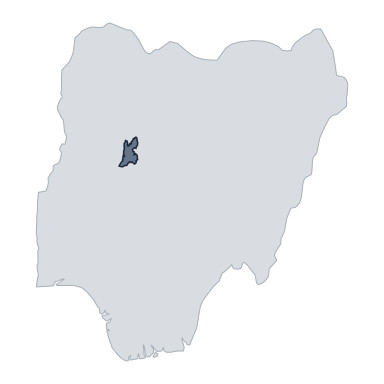 Rafi, Niger, Nigeria shown in context
{"feature_id": "59680162B49809531314946", "entity_name": "Rafi", "entity_type": "district", "adm_level": 2, "iso_a3": "NGA", "parent_name": "Nigeria", "parent_adm1": "Niger", "projection": "equal_earth", "projection_center": [6.279, 10.195], "detail": "fine", "context": "in_parent", "style": "filled", "palette": "slate", "viewbox_px": 384, "rotation_deg": 0, "n_neighbors": 0, "source": "geoboundaries", "source_scale": "gbopen_adm2", "svg_char_len": 6765}
<svg xmlns="http://www.w3.org/2000/svg" viewBox="0 0 384 384"><path d="M320.7,28.9L332.8,50.8L335.5,67.1L336.5,75.1L338.5,76.1L342.2,76.5L344.9,78.1L346.6,80.8L347.6,83.3L347.8,84.8L347.1,94.5L346.3,98.1L346.8,102.9L346.7,105.0L346.3,106.4L344.6,108.0L342.4,109.6L337.0,114.3L335.5,114.9L333.3,115.1L331.3,116.2L329.0,118.8L324.1,128.1L319.9,137.6L316.8,152.8L313.1,157.6L312.4,161.8L311.9,171.3L311.3,174.2L310.7,175.0L306.7,176.8L304.3,179.0L303.0,183.4L301.2,198.0L300.6,200.5L299.3,203.0L297.2,205.8L295.4,207.3L290.7,208.3L286.4,219.4L286.3,221.3L284.4,231.4L281.0,238.9L280.8,243.8L276.5,250.5L274.3,255.0L276.6,259.8L276.8,260.5L269.4,268.6L269.0,269.8L268.7,275.3L268.1,276.8L266.8,278.9L264.8,281.1L262.8,282.8L260.5,284.1L258.3,284.5L257.1,283.8L256.4,282.1L255.1,275.3L254.5,273.9L253.0,272.5L247.3,265.0L243.9,262.4L243.1,262.6L242.6,263.3L241.6,267.1L240.6,268.5L238.8,269.0L235.7,269.0L233.4,268.5L232.9,267.7L231.7,264.8L224.7,271.6L222.2,273.1L219.1,281.2L214.7,285.2L211.6,288.7L203.4,299.7L201.7,302.9L200.1,307.7L196.6,328.4L191.0,341.3L190.2,344.0L189.9,343.9L189.1,345.1L186.9,344.4L185.9,342.0L184.6,341.6L182.2,338.1L181.7,338.6L184.2,347.5L183.3,351.0L176.4,351.1L170.4,352.3L166.2,352.2L164.2,350.9L163.3,347.6L162.9,347.9L162.7,349.7L161.4,351.1L156.8,351.4L154.7,349.1L153.1,346.6L151.3,345.4L151.6,346.5L153.6,349.0L153.4,352.6L149.7,356.7L147.3,356.9L145.8,355.2L145.1,352.2L144.7,347.9L143.7,345.1L143.2,345.1L143.8,349.8L143.9,354.2L145.6,357.6L142.9,358.6L139.7,358.7L139.3,357.5L138.8,354.7L138.3,353.9L137.6,358.7L130.9,360.0L130.0,359.8L129.8,358.9L130.3,357.6L130.1,355.5L128.7,357.1L128.4,360.4L127.6,361.0L125.0,360.5L122.2,358.8L117.7,354.6L112.2,347.9L111.3,344.8L109.7,341.1L106.8,330.8L107.3,330.3L108.6,330.9L109.3,329.9L106.9,329.2L106.5,328.5L106.3,326.2L106.4,323.4L109.9,322.0L110.7,320.3L111.2,318.6L106.9,321.2L102.9,318.2L102.0,316.5L102.4,315.1L107.1,315.0L108.8,313.7L107.7,313.3L106.0,313.3L105.3,312.4L105.4,310.3L104.8,310.8L104.0,312.7L101.3,314.0L99.7,312.7L99.6,309.6L99.2,308.2L97.9,307.1L93.1,299.1L87.2,292.3L81.9,287.7L73.8,285.4L57.1,285.5L56.1,284.9L57.1,283.8L58.6,283.1L64.0,279.3L63.1,278.8L57.5,281.2L55.6,281.4L53.1,285.9L36.6,286.9L36.6,284.9L37.4,278.9L38.4,274.8L37.3,269.8L37.0,265.3L37.7,263.9L38.0,262.2L37.8,250.7L38.7,249.0L38.7,247.8L37.0,242.9L37.1,239.1L36.7,235.4L36.2,233.8L36.9,219.7L36.7,216.2L37.2,213.7L37.5,207.7L37.5,201.7L38.6,192.3L45.7,191.1L47.4,187.4L48.4,182.8L48.1,178.1L50.4,174.1L53.2,170.6L53.1,166.6L53.9,165.4L55.2,164.5L57.1,164.0L59.2,162.1L60.4,158.7L61.5,153.2L59.7,149.4L59.8,148.5L60.5,146.5L61.6,144.5L62.5,143.8L64.5,144.3L65.2,143.5L66.5,137.5L66.4,135.8L64.5,131.8L63.5,120.9L62.9,119.5L61.5,117.5L57.6,109.8L57.6,106.1L59.3,101.5L60.4,99.2L61.9,98.0L62.2,96.9L61.8,95.6L61.0,94.6L60.9,92.5L61.6,89.6L61.4,86.4L61.8,70.0L65.0,66.8L69.7,61.4L72.1,55.8L73.4,51.6L75.0,37.5L77.4,36.0L82.1,30.9L88.4,27.9L92.6,27.0L99.8,27.6L103.4,27.1L106.5,24.3L107.9,23.5L109.9,23.0L127.9,30.3L129.5,30.0L130.9,30.5L133.1,32.4L138.4,39.2L144.0,49.8L145.7,52.0L147.5,53.3L149.2,53.7L150.6,53.5L151.9,52.5L153.6,50.5L156.2,49.6L158.4,49.8L169.6,41.7L170.7,41.6L177.6,43.4L187.0,51.5L194.6,56.8L200.0,58.5L206.4,59.8L217.2,60.2L225.3,48.8L228.3,46.3L231.9,44.1L239.4,42.0L252.0,40.6L263.8,41.2L271.1,43.1L278.8,46.8L282.2,50.4L287.4,51.0L291.2,50.3L292.3,46.8L296.1,42.1L301.7,37.8L306.2,34.9L310.0,33.5L313.3,30.1L316.0,29.0L320.7,28.9ZM157.2,356.0L154.7,357.1L153.0,356.8L155.3,352.1L156.4,353.1L157.9,353.5L157.2,356.0Z" fill="#d9dde1" stroke="#a8b0b8" stroke-width="1"/><path d="M125.5,140.5L125.2,142.3L124.7,142.7L124.5,142.9L124.3,143.3L124.2,143.6L124.2,143.9L124.2,144.0L124.2,144.3L124.1,144.5L124.1,144.9L124.1,145.0L124.2,145.3L124.1,145.6L124.2,146.0L124.2,146.6L124.1,146.9L124.2,147.2L124.2,147.3L124.2,147.5L124.2,147.8L124.5,148.0L124.6,148.4L124.5,148.7L124.3,148.9L124.2,149.2L124.1,150.1L123.9,150.5L123.7,150.7L123.6,150.8L123.7,151.3L123.7,152.0L123.6,152.4L123.6,153.0L123.6,153.6L123.9,153.9L123.9,154.1L123.9,154.3L123.7,154.4L123.6,154.5L123.4,154.6L123.4,154.9L123.7,154.9L123.9,155.2L124.2,155.5L124.4,155.6L124.6,155.9L124.6,156.1L124.6,156.3L124.4,156.2L124.2,155.9L124.0,155.7L123.7,155.9L123.6,156.2L123.2,156.2L123.0,156.4L123.1,156.6L122.9,156.9L122.9,157.2L122.8,157.4L122.8,157.7L123.0,158.0L123.0,158.5L123.2,158.8L123.0,159.1L122.9,159.3L122.7,159.4L122.5,159.7L122.8,160.4L122.7,160.6L122.6,160.9L122.2,161.1L121.8,161.5L119.7,164.8L119.3,165.5L119.1,166.1L120.6,166.5L122.3,166.8L123.1,166.6L124.1,166.0L124.9,165.3L125.0,165.3L125.1,165.5L126.7,165.4L126.8,165.1L127.4,164.7L128.1,163.0L129.2,162.6L129.2,162.2L129.3,161.8L129.6,161.8L129.7,162.0L129.9,161.9L130.1,162.1L130.3,162.2L130.5,162.2L130.8,162.4L130.9,162.5L131.2,162.5L131.3,162.4L131.6,162.0L131.8,162.0L132.0,162.0L132.4,162.3L132.8,162.6L133.1,162.9L133.4,163.2L133.8,163.6L134.3,164.0L134.8,163.8L135.1,163.7L135.4,163.5L135.6,163.2L135.8,163.0L135.9,162.8L136.0,162.5L136.2,162.3L136.3,162.0L136.3,161.7L136.1,161.5L136.1,161.0L136.2,160.6L136.4,160.3L136.9,160.1L137.1,160.0L137.3,159.9L137.4,159.7L137.6,159.7L137.7,159.4L137.5,159.1L137.3,158.8L137.3,158.3L137.3,157.9L137.4,157.6L137.4,157.4L137.4,157.0L137.2,156.4L137.2,156.1L137.2,155.7L137.1,155.4L137.0,155.2L136.8,154.9L136.6,154.6L135.9,154.1L135.6,153.8L135.4,153.9L135.4,154.0L135.1,154.4L135.1,154.5L134.9,154.6L134.7,154.6L134.3,154.6L134.2,154.7L133.9,154.7L134.6,153.3L134.4,152.6L134.2,152.1L133.9,151.6L132.9,151.6L132.6,149.8L132.8,149.2L133.0,149.0L133.6,148.5L134.3,147.9L134.7,147.9L135.9,148.3L135.9,148.1L136.2,147.5L136.3,147.2L136.4,146.9L136.4,146.6L136.8,146.1L137.2,145.7L137.4,145.4L137.5,145.1L137.5,144.6L137.5,144.0L137.7,143.4L137.7,143.0L137.7,142.6L137.6,142.2L137.4,141.9L137.3,141.6L137.2,141.3L137.2,140.9L137.2,140.6L137.2,140.3L137.2,139.7L137.0,139.4L136.8,139.0L136.7,138.7L136.7,138.4L136.8,137.9L136.5,137.5L136.3,137.4L136.2,137.3L136.0,137.2L135.9,137.3L135.7,137.6L135.4,137.5L135.2,137.8L135.0,138.0L135.0,137.9L134.8,137.9L134.7,137.9L134.7,138.0L134.4,138.1L134.3,138.3L134.2,138.4L134.2,138.5L133.9,138.6L133.7,138.7L133.4,138.7L133.4,138.8L133.3,139.0L133.3,139.3L133.2,139.3L133.2,139.5L133.1,139.8L132.7,140.3L132.3,140.9L131.6,141.4L131.3,141.9L131.5,142.8L131.5,143.0L131.4,143.3L131.2,143.6L131.0,143.8L130.9,144.0L130.7,144.0L130.6,143.9L130.6,144.0L130.6,144.3L129.7,143.8L129.4,144.3L129.2,145.3L129.1,145.2L129.0,145.3L128.9,145.3L128.8,145.1L128.7,145.1L128.7,145.4L128.6,145.5L128.4,145.7L128.2,145.5L127.9,145.6L127.8,145.8L127.8,146.0L127.7,146.0L127.5,145.9L127.5,145.7L127.6,145.4L127.7,145.2L127.5,144.9L127.4,144.9L127.3,144.7L127.3,144.4L127.3,144.2L127.6,143.3L127.2,141.2L125.5,140.5Z" fill="#64748b" stroke="#1e293b" stroke-width="1.5"/></svg>